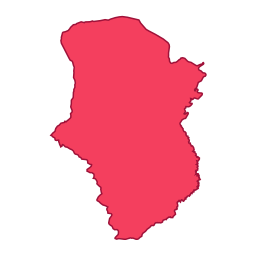 outline of Moonlapamok, Champasak, Laos, rotated 271°
{"feature_id": "54806243B88761903664020", "entity_name": "Moonlapamok", "entity_type": "district", "adm_level": 2, "iso_a3": "LAO", "parent_name": "Laos", "parent_adm1": "Champasak", "projection": "albers", "projection_center": [105.451, 14.311], "detail": "fine", "context": "isolated", "style": "filled", "palette": "rose", "viewbox_px": 256, "rotation_deg": 271, "n_neighbors": 0, "source": "geoboundaries", "source_scale": "gbopen_adm2", "svg_char_len": 5769}
<svg xmlns="http://www.w3.org/2000/svg" viewBox="0 0 256 256"><g transform="rotate(271 128 128)"><path d="M233.3,79.3L231.5,74.8L230.7,74.1L230.3,71.6L227.6,68.8L226.3,68.1L224.4,66.5L223.2,63.8L222.6,61.4L222.0,60.9L218.4,60.0L217.5,59.8L216.0,59.9L214.3,59.4L211.6,59.9L196.3,68.1L194.6,69.2L194.6,69.6L193.9,70.9L192.9,71.5L189.6,72.4L188.1,73.1L187.7,73.2L184.1,72.8L182.5,73.0L177.5,72.7L174.7,74.1L171.9,74.6L170.4,74.1L167.8,74.2L165.6,73.2L163.7,73.2L162.9,72.8L157.5,72.7L154.8,70.9L151.1,70.9L148.1,70.4L144.3,71.9L143.7,71.9L143.0,71.7L141.3,70.3L139.4,70.7L137.6,70.6L136.8,70.1L134.7,67.8L134.5,67.3L133.3,66.3L133.1,65.9L133.5,65.3L133.6,64.7L132.5,64.4L131.6,60.8L129.7,59.3L128.6,57.4L126.3,55.8L123.3,55.0L121.8,53.1L119.3,51.0L118.9,52.0L117.8,53.0L116.9,54.8L116.5,55.1L115.1,55.3L114.6,55.6L114.3,56.9L114.7,58.4L114.6,58.9L112.9,59.0L112.0,59.6L111.1,59.7L109.8,60.2L109.1,60.8L108.0,61.0L108.6,62.2L110.2,62.7L110.3,62.9L109.9,63.8L108.1,65.6L107.7,67.7L106.1,70.3L105.4,72.1L104.2,73.7L101.6,75.0L101.0,75.8L100.5,77.9L99.9,78.8L98.2,79.7L97.8,81.0L97.4,81.5L96.1,82.3L95.6,87.1L94.8,88.1L92.3,88.4L90.9,90.9L90.9,92.0L90.6,92.3L89.1,91.9L87.8,90.6L85.8,87.8L84.1,87.8L83.6,89.2L83.0,90.1L82.7,91.0L82.7,92.8L81.3,94.7L80.2,94.9L78.1,94.8L77.1,94.2L76.7,96.2L75.9,96.9L74.0,98.0L73.0,98.2L72.0,97.9L71.4,98.1L69.0,100.7L68.5,101.6L67.5,102.1L66.5,101.8L63.4,102.4L61.8,103.0L60.1,100.9L58.5,99.5L55.8,98.2L55.3,98.2L54.8,98.5L53.8,100.4L52.3,101.9L50.6,104.3L49.9,106.8L48.7,109.2L46.7,108.2L45.6,108.4L44.5,109.1L42.5,109.4L42.0,112.8L41.4,113.2L40.9,113.4L39.9,113.1L37.2,111.2L33.0,110.4L31.9,110.6L30.3,112.3L30.0,113.2L29.1,114.0L27.2,114.8L26.1,116.4L26.2,118.9L25.5,119.8L24.6,120.2L23.5,120.3L21.4,120.1L18.2,117.1L17.3,117.0L16.7,118.6L17.2,120.3L17.2,121.5L16.7,126.3L16.7,127.6L18.2,132.4L17.9,133.4L18.0,134.9L16.9,138.0L17.0,139.5L17.4,140.4L19.1,142.1L19.9,143.6L21.9,144.0L23.1,144.8L25.0,147.3L27.1,148.9L28.9,151.3L29.8,152.2L30.4,152.5L31.0,153.5L30.9,155.2L31.4,155.8L33.0,156.5L33.8,157.5L33.7,158.3L34.0,158.8L33.7,159.5L33.9,160.9L33.7,162.0L34.0,163.2L34.6,164.1L35.2,164.2L36.4,164.8L37.3,167.1L37.1,167.9L38.2,168.4L38.8,169.5L39.5,170.0L39.5,170.9L39.9,171.8L39.2,172.3L39.2,174.3L40.3,174.7L42.6,177.0L44.6,176.5L45.2,176.0L46.2,175.9L47.1,176.5L47.1,177.1L47.5,177.2L47.5,177.8L47.8,178.5L48.5,178.5L48.8,178.2L49.3,178.2L49.9,178.3L50.1,178.8L50.4,178.7L50.6,179.0L51.7,179.1L54.0,178.4L55.0,178.8L55.2,179.6L55.8,179.7L56.5,180.3L56.4,180.7L55.3,181.2L54.9,181.7L55.6,181.8L56.1,182.3L56.8,182.4L57.1,182.7L56.7,183.9L55.9,184.3L55.8,184.9L56.5,185.1L56.9,185.7L57.7,186.1L58.0,186.9L58.5,186.4L58.9,186.4L58.8,187.2L59.6,187.3L59.7,188.0L60.4,188.2L60.8,188.5L61.3,189.9L61.0,190.6L62.1,190.9L62.2,191.6L63.8,191.9L63.9,192.2L63.7,193.1L64.5,193.0L64.6,193.7L65.1,193.8L65.3,195.0L65.6,195.0L66.1,194.6L66.6,195.1L67.0,195.1L66.8,195.8L67.4,196.2L67.2,196.8L68.2,198.2L69.0,198.4L68.6,198.9L68.8,199.2L69.5,198.9L70.4,199.3L70.0,198.3L70.7,198.1L71.3,199.5L71.7,199.8L72.2,199.7L72.0,199.2L73.5,199.9L73.8,199.6L73.7,199.1L74.0,199.0L74.7,199.7L75.0,199.7L75.8,198.2L76.0,198.1L76.3,198.3L76.3,198.9L76.9,199.2L77.4,200.0L77.8,200.1L77.5,200.7L77.9,201.1L79.5,199.7L80.1,200.2L80.3,200.1L81.3,198.7L81.8,199.8L83.5,198.9L83.5,198.5L82.6,197.9L83.2,197.9L83.5,197.2L83.2,196.7L84.0,197.1L84.6,196.6L85.6,197.1L86.1,196.8L85.9,196.4L86.1,196.3L87.0,196.9L87.1,198.3L88.6,198.5L89.0,198.5L89.8,197.8L90.5,198.0L90.7,198.6L91.8,198.3L92.2,198.0L92.7,197.0L93.1,197.5L92.9,198.2L94.1,197.9L94.1,198.4L96.4,197.4L96.2,198.3L96.3,198.8L98.2,199.9L99.3,199.9L99.7,199.1L99.8,197.9L100.0,197.4L100.3,197.4L100.0,198.3L100.3,198.5L100.9,197.1L101.8,196.1L102.3,196.6L103.5,196.4L104.8,194.9L105.3,195.2L105.5,194.8L105.2,194.1L105.8,193.2L106.3,194.0L106.9,194.0L107.3,194.5L109.6,193.9L111.2,192.8L111.1,191.7L112.0,191.4L112.8,190.6L113.9,190.6L114.1,190.2L114.0,189.2L115.2,188.8L115.7,189.4L117.0,189.5L117.8,188.7L118.7,188.3L119.0,188.9L119.4,189.0L120.0,188.0L120.9,187.9L121.0,186.7L122.4,186.0L122.9,186.3L123.3,185.9L124.0,186.1L125.0,185.4L125.4,184.0L127.4,183.0L128.2,183.1L128.7,182.5L129.5,182.2L130.0,181.4L131.0,181.3L131.2,180.6L131.6,180.7L132.7,180.0L133.6,179.8L137.2,182.0L137.4,182.6L137.9,183.1L138.4,184.2L138.5,185.0L138.8,185.5L143.1,187.9L144.0,188.0L144.5,187.4L144.4,186.8L143.1,185.4L142.9,184.4L143.2,183.8L145.4,185.2L147.4,184.3L148.1,184.2L148.4,184.3L149.1,185.4L150.4,185.5L150.3,188.1L150.6,189.1L151.5,190.3L153.0,191.6L153.5,191.7L153.8,191.5L153.7,190.1L154.4,189.0L156.4,190.5L158.6,190.1L158.4,191.2L157.8,191.5L157.6,191.9L157.8,192.4L158.9,193.3L159.2,194.1L158.3,196.9L158.3,197.7L162.4,201.5L163.6,201.7L164.2,201.2L164.4,198.2L164.6,197.4L165.0,196.9L165.7,196.6L167.2,197.4L167.9,197.0L168.4,195.8L168.3,195.4L166.4,194.6L166.5,194.1L167.2,193.9L168.2,194.4L169.0,195.5L170.4,196.2L174.8,197.5L176.5,200.5L180.2,202.4L180.6,202.9L181.2,204.4L182.0,204.9L182.8,205.0L183.8,204.5L184.3,203.7L184.5,201.9L186.3,200.1L187.1,198.2L187.9,197.6L189.0,197.5L189.8,197.8L190.8,198.9L193.1,202.3L194.0,202.6L194.7,202.2L194.6,201.8L193.7,201.3L193.1,200.5L192.9,199.3L191.5,196.3L191.6,195.1L194.7,189.9L195.2,187.5L195.8,186.4L198.6,183.6L199.2,181.4L198.9,180.6L199.0,179.9L197.5,178.7L197.1,177.8L195.5,176.2L194.5,174.8L194.3,172.7L193.4,170.9L193.6,169.6L195.4,168.4L197.9,168.1L199.6,167.2L201.5,167.3L203.7,167.2L210.0,168.0L211.9,167.7L213.7,166.7L217.6,161.7L222.2,153.5L225.4,147.1L226.9,144.4L233.1,138.8L236.2,137.0L238.7,125.5L239.3,120.4L238.9,117.1L238.1,113.4L236.6,108.8L235.5,106.5L235.9,103.2L234.8,98.2L234.0,92.5L234.0,91.4L234.4,90.4L233.9,89.5L233.5,87.6L233.3,83.6L233.1,83.0L232.6,82.5L233.3,79.3Z" fill="#f43f5e" stroke="#9f1239" stroke-width="1.5"/></g></svg>